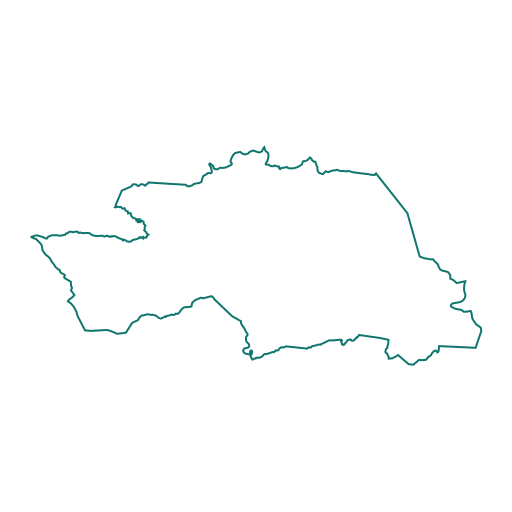 outline of Comayagua, Comayagua, Honduras
{"feature_id": "27666195B46551792620795", "entity_name": "Comayagua", "entity_type": "district", "adm_level": 2, "iso_a3": "HND", "parent_name": "Honduras", "parent_adm1": "Comayagua", "projection": "albers", "projection_center": [-87.636, 14.476], "detail": "fine", "context": "isolated", "style": "outline", "palette": "teal", "viewbox_px": 512, "rotation_deg": 0, "n_neighbors": 0, "source": "geoboundaries", "source_scale": "gbopen_adm2", "svg_char_len": 6061}
<svg xmlns="http://www.w3.org/2000/svg" viewBox="0 0 512 512"><path d="M264.3,147.3L263.7,148.0L261.8,151.4L260.0,152.3L258.2,152.3L253.2,150.5L250.0,151.7L247.9,153.6L245.2,154.4L242.8,153.9L240.1,151.9L235.2,153.0L233.4,154.7L231.7,157.7L230.6,160.7L230.5,161.8L231.7,163.1L231.8,164.3L230.5,165.3L225.7,167.5L222.2,168.0L220.9,167.7L219.5,168.1L217.4,169.3L215.7,169.2L214.4,168.8L213.9,168.3L213.5,167.4L213.2,165.7L212.0,165.2L210.2,163.5L209.7,163.5L209.3,163.9L209.3,164.7L210.8,167.1L211.8,171.1L211.7,172.6L210.3,173.3L208.0,173.0L205.9,174.6L203.5,175.8L202.6,177.5L201.5,181.6L200.9,182.2L199.2,183.1L197.3,183.2L193.9,184.0L192.1,185.4L189.1,186.4L187.0,186.0L185.9,184.8L148.5,182.5L148.1,183.4L146.4,184.3L145.3,185.7L143.0,184.4L141.7,184.2L140.4,184.5L138.8,185.9L138.0,186.1L136.2,184.5L133.4,184.2L132.2,185.1L131.6,186.3L121.8,190.6L115.6,205.3L115.9,205.9L115.0,207.2L115.6,207.4L117.3,206.7L119.6,207.2L120.8,206.9L122.4,208.6L123.1,208.7L124.5,208.2L125.6,210.7L127.8,211.4L128.1,213.5L129.9,213.0L130.8,213.4L131.3,215.9L132.3,217.3L133.6,218.1L136.8,219.1L136.3,220.0L136.4,220.5L138.8,219.2L139.6,219.2L139.3,219.9L137.7,221.4L137.8,222.1L140.3,222.1L140.8,221.6L141.1,220.5L141.4,220.4L143.7,222.0L143.7,223.9L144.9,224.8L145.4,225.7L144.7,226.7L144.8,228.6L144.2,230.3L146.2,232.1L146.5,233.0L147.1,233.7L148.4,234.6L146.9,235.9L146.6,237.2L146.0,237.7L144.6,237.5L143.9,237.9L143.3,237.2L143.0,238.3L142.1,237.4L141.6,237.7L140.5,237.1L139.8,237.1L139.5,237.4L139.4,238.1L138.6,238.1L137.8,238.7L136.3,239.2L132.6,240.0L131.1,241.4L129.0,241.8L127.0,241.3L124.8,239.9L124.2,239.9L123.3,240.4L122.7,240.4L122.7,239.4L119.7,238.5L114.8,236.1L112.8,236.1L112.3,236.5L111.3,236.3L110.7,236.8L110.0,236.3L109.1,236.7L107.1,235.7L104.2,236.6L102.5,235.7L96.8,236.1L93.2,235.5L90.9,234.4L90.2,233.5L89.5,233.3L88.0,233.0L81.9,233.1L80.3,232.5L78.6,233.0L77.6,231.7L75.8,231.7L74.6,231.8L73.1,232.3L71.8,231.8L69.4,231.8L67.5,233.2L65.9,233.5L65.3,234.7L61.2,235.6L58.7,235.6L56.5,235.2L51.6,235.3L48.7,236.6L47.5,237.4L47.1,238.4L46.7,238.6L45.4,238.4L42.7,237.0L37.7,235.5L35.7,235.4L31.9,236.8L30.7,236.8L33.9,238.4L35.9,238.9L39.6,242.5L41.6,245.1L42.6,250.1L43.1,251.2L45.4,254.5L48.2,256.6L50.2,258.6L51.5,261.4L54.3,264.9L55.3,266.8L58.5,269.6L59.7,270.0L60.3,272.1L61.2,273.0L64.4,274.6L64.9,275.2L64.2,277.0L64.4,278.0L70.8,281.7L71.1,285.9L72.0,287.9L71.0,290.5L74.4,295.0L72.8,296.9L69.2,299.5L67.9,301.3L71.0,303.5L73.9,307.0L76.2,311.2L77.6,316.0L85.0,330.4L91.1,330.9L105.9,330.0L108.1,330.2L112.2,331.6L117.2,333.8L125.9,332.7L131.9,323.3L132.8,322.5L138.0,320.1L139.3,317.7L141.7,315.4L143.4,315.5L146.5,314.4L148.4,314.3L150.9,314.9L152.3,314.7L155.2,315.4L157.3,316.6L158.6,317.8L160.8,318.6L163.7,317.3L164.6,316.5L165.3,316.8L166.1,316.8L166.5,315.9L169.3,315.5L171.7,314.5L173.3,315.0L175.0,314.5L175.9,313.6L176.8,313.9L178.0,313.7L179.6,312.2L181.4,309.5L183.6,307.6L185.6,307.1L188.2,307.1L191.4,306.5L192.3,302.6L195.2,300.1L200.6,297.8L201.5,297.8L203.4,298.4L205.7,297.6L211.6,296.2L213.5,297.8L214.8,299.7L232.0,316.1L240.9,321.2L241.2,323.5L241.9,325.0L244.1,328.0L246.3,332.3L247.5,333.7L247.6,335.0L246.2,336.8L246.0,337.6L246.0,339.7L246.4,341.3L246.9,342.1L248.9,344.2L249.3,345.1L249.1,346.6L248.3,347.5L244.2,348.5L243.2,350.4L243.3,351.5L244.9,353.4L248.8,354.4L249.9,353.7L250.1,351.7L250.4,350.9L251.1,350.5L251.7,350.6L252.2,351.8L252.0,353.3L250.5,356.0L251.6,358.6L252.5,359.6L253.7,358.8L255.7,358.5L255.9,357.9L257.3,357.6L258.6,357.9L261.1,357.1L262.5,356.2L263.5,354.7L264.9,354.0L266.9,354.0L272.7,352.0L274.0,352.1L275.7,350.4L277.2,350.6L278.7,349.8L279.2,348.8L280.7,347.5L281.8,347.5L282.2,347.2L282.6,347.4L284.0,347.4L284.7,346.8L286.1,346.4L307.3,348.6L308.6,347.3L310.7,347.6L312.1,346.2L316.4,345.3L317.9,344.6L320.6,344.7L321.4,343.9L322.8,343.5L328.7,340.5L330.5,340.3L333.7,340.4L339.8,339.7L341.1,339.8L341.7,340.1L341.9,340.7L341.0,341.5L342.0,343.4L342.0,344.4L343.7,345.0L344.5,343.8L345.0,343.7L345.3,343.0L346.3,342.3L347.5,340.3L350.3,339.4L350.8,339.6L351.1,340.2L352.0,340.8L353.7,340.5L354.5,339.9L355.1,338.7L356.3,338.3L356.7,337.3L358.0,336.7L359.0,335.0L380.0,338.0L388.5,339.8L388.2,344.1L387.3,346.6L387.4,347.6L386.9,348.4L386.1,348.9L385.3,351.8L385.9,352.9L387.2,353.6L387.5,354.8L388.7,357.0L388.5,358.2L388.8,358.7L392.8,358.2L394.0,357.3L396.1,356.4L398.0,355.0L408.7,364.2L412.8,364.7L413.9,364.4L414.7,363.4L416.2,362.4L419.0,359.9L421.5,360.2L422.5,359.9L423.5,360.2L424.5,359.9L425.5,360.0L427.6,358.1L427.8,357.2L429.6,356.3L431.0,355.2L431.8,353.5L433.7,351.3L435.9,350.5L436.5,350.9L437.2,352.3L438.1,352.0L438.6,351.1L439.1,346.1L475.6,347.8L481.3,331.1L480.9,328.3L480.5,327.4L476.2,324.4L472.8,319.4L472.3,318.2L471.3,312.3L470.6,310.9L467.3,311.6L463.9,311.8L462.1,310.4L460.5,309.6L458.1,309.4L454.3,308.4L453.4,307.8L451.7,307.1L450.8,306.0L451.2,304.7L452.5,303.4L460.2,302.1L462.2,301.0L464.1,299.2L464.9,297.8L465.4,295.6L465.3,294.4L464.3,291.4L464.0,288.4L464.3,284.8L465.3,281.2L456.6,283.1L453.5,280.1L450.3,278.7L450.3,275.2L448.3,272.3L447.3,271.8L442.2,270.6L440.1,269.4L438.7,266.8L438.2,265.1L436.7,263.0L435.5,262.2L433.0,259.3L430.7,259.4L427.6,258.7L425.1,258.5L420.0,256.7L419.4,255.6L407.4,213.2L376.0,173.4L375.3,174.0L374.7,175.1L372.8,174.8L372.1,175.0L369.9,174.4L353.8,172.4L348.5,171.0L346.5,171.4L343.6,171.0L340.6,171.1L339.0,170.6L337.4,169.8L335.3,170.3L333.4,170.4L330.4,171.2L328.8,172.1L327.4,172.0L325.7,171.2L323.0,174.1L322.5,174.1L319.2,172.9L318.0,171.6L317.5,170.0L317.4,167.2L316.5,165.4L315.3,161.7L315.1,161.6L314.0,161.7L313.4,161.3L311.9,160.0L311.4,158.6L309.9,157.5L307.9,159.8L305.4,161.1L303.1,161.3L301.7,164.6L298.6,166.6L296.1,167.6L293.4,168.3L289.3,168.3L287.9,167.9L286.7,166.9L285.4,167.4L281.7,168.0L280.0,169.1L279.3,168.6L279.4,167.3L278.6,166.4L278.1,166.6L276.7,166.3L274.6,165.5L273.6,166.2L270.5,166.1L268.7,164.7L266.4,164.6L265.8,164.4L265.9,163.2L267.4,161.0L268.6,156.1L268.2,153.3L267.4,152.3L265.7,151.2L264.8,149.1L264.3,147.3Z" fill="none" stroke="#0f766e" stroke-width="2"/></svg>